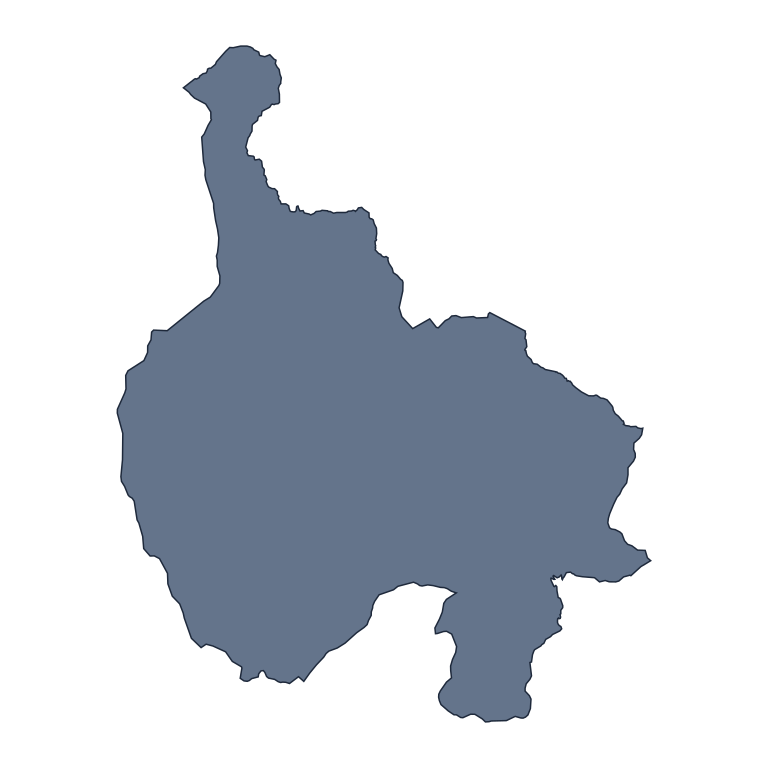 San Pedro y San Pablo Ayutla, Oaxaca, Mexico
{"feature_id": "50627088B37574101781202", "entity_name": "San Pedro y San Pablo Ayutla", "entity_type": "district", "adm_level": 2, "iso_a3": "MEX", "parent_name": "Mexico", "parent_adm1": "Oaxaca", "projection": "natural_earth1", "projection_center": [-96.113, 17.038], "detail": "fine", "context": "isolated", "style": "filled", "palette": "slate", "viewbox_px": 768, "rotation_deg": 0, "n_neighbors": 0, "source": "geoboundaries", "source_scale": "gbopen_adm2", "svg_char_len": 6089}
<svg xmlns="http://www.w3.org/2000/svg" viewBox="0 0 768 768"><path d="M269.8,54.7L264.8,56.7L260.1,55.6L259.5,55.1L258.7,52.1L253.9,49.8L252.8,48.3L250.4,47.0L247.1,46.1L240.6,46.1L233.2,47.7L229.7,47.5L225.7,51.3L216.5,61.7L215.4,64.4L210.8,68.2L209.2,68.2L207.6,69.1L207.2,71.2L206.0,73.1L203.0,73.7L199.6,76.2L199.3,77.6L196.4,79.1L195.6,78.7L194.6,79.0L183.4,87.8L189.1,92.3L190.8,94.6L194.5,98.1L205.7,104.0L210.8,112.0L210.9,118.7L211.4,119.7L208.1,125.3L204.2,134.0L201.7,137.1L203.5,161.7L205.3,169.7L205.0,175.2L205.8,179.7L213.6,203.4L213.7,207.9L215.6,220.6L217.5,229.0L218.8,237.8L218.4,245.3L217.5,252.6L216.4,256.1L217.2,260.1L217.2,266.4L219.9,275.9L219.7,283.4L218.9,285.5L210.3,297.1L203.8,301.1L167.2,330.7L153.6,330.1L151.6,332.1L151.0,339.9L147.7,345.9L147.6,352.5L143.9,360.6L128.0,370.8L125.7,375.4L126.0,388.9L124.8,392.8L117.4,409.3L117.3,413.1L122.8,433.4L122.5,459.8L120.9,476.7L121.5,481.4L124.6,486.4L128.1,495.0L129.4,496.5L132.2,498.2L134.2,501.2L137.1,519.9L138.9,523.1L142.7,536.4L143.7,548.6L150.1,556.0L154.3,555.9L159.5,558.6L167.5,573.3L167.9,583.9L172.3,596.2L179.7,603.9L183.2,613.0L184.3,618.1L191.4,638.3L201.1,647.6L206.1,644.2L212.9,646.0L225.6,651.8L232.3,661.4L241.5,666.8L241.9,668.1L240.2,678.3L244.0,680.9L247.3,681.3L249.4,680.5L251.7,678.6L258.2,676.9L258.7,673.8L261.0,670.9L263.4,670.6L264.9,672.5L266.6,676.5L268.5,678.1L274.7,679.4L278.2,681.7L280.7,682.5L282.6,682.1L285.8,682.3L289.5,683.5L298.5,676.7L303.8,681.4L309.7,673.1L316.4,664.9L323.7,657.2L326.1,653.5L328.9,651.1L337.3,648.0L345.1,643.1L356.7,632.7L364.0,627.5L367.1,624.6L368.5,620.5L371.2,615.4L371.3,611.9L372.6,608.0L372.8,605.6L374.6,601.4L379.1,594.8L393.5,589.8L397.9,586.3L413.5,582.2L417.5,583.9L419.6,585.5L422.1,586.0L427.7,584.9L433.2,585.6L440.5,587.4L444.3,587.6L447.4,588.7L451.3,591.2L456.3,592.9L446.4,599.4L443.8,603.3L442.3,612.1L439.5,619.0L434.9,628.0L435.5,633.7L437.3,633.5L443.6,631.5L446.6,631.3L451.7,634.1L456.6,646.5L455.7,652.5L452.5,659.5L450.6,666.0L450.7,670.5L451.5,677.9L446.5,682.1L440.3,691.0L438.8,694.2L438.6,697.2L439.4,700.7L441.0,704.6L448.2,710.9L454.0,714.8L456.4,714.8L460.7,717.5L462.9,717.7L470.7,714.2L474.9,714.3L482.3,718.9L485.4,721.9L489.0,721.7L491.3,721.0L506.4,720.6L515.2,716.4L520.9,718.0L523.1,718.1L525.5,717.1L527.9,715.0L530.4,708.6L531.0,699.1L529.4,695.7L525.1,691.1L525.1,688.1L526.2,683.8L529.9,679.3L531.5,675.9L529.9,662.5L531.5,662.0L532.5,654.7L533.9,650.9L534.6,649.7L540.9,645.9L541.9,644.5L543.8,643.4L545.7,639.4L550.6,636.6L552.5,634.5L559.9,630.9L561.7,628.8L560.9,626.5L559.2,625.5L558.1,624.1L557.5,622.5L557.5,620.3L557.7,618.7L558.5,618.0L559.1,618.7L560.2,618.4L560.6,617.1L560.0,614.5L560.8,613.8L560.8,610.3L562.7,607.7L562.8,605.8L560.5,599.1L559.8,598.2L558.2,597.5L557.0,590.9L556.8,586.7L555.8,585.5L554.5,586.6L553.9,586.4L551.0,580.2L550.9,578.3L551.5,578.2L553.7,579.4L554.8,579.3L553.2,576.7L553.1,576.0L553.7,575.5L557.1,577.8L559.3,576.9L561.1,575.0L561.5,575.7L561.9,579.0L562.4,579.7L563.4,577.4L564.0,577.1L566.4,572.6L570.6,572.1L572.4,573.7L573.5,573.8L575.1,575.2L576.7,575.8L582.2,576.7L594.5,577.7L599.5,581.9L605.2,580.5L609.2,581.8L615.8,581.9L618.9,581.0L623.6,576.9L629.9,575.2L630.9,575.7L640.9,566.6L650.7,560.7L647.4,557.8L645.2,550.4L637.6,550.1L631.9,545.8L627.6,544.3L624.5,540.7L621.9,533.8L619.9,532.0L615.2,529.6L611.4,529.0L609.5,527.7L607.8,522.9L608.4,518.2L609.7,513.7L613.7,504.1L617.0,497.3L619.7,494.2L622.2,488.8L626.6,482.9L628.0,474.8L628.0,467.7L633.5,461.1L635.3,457.2L635.2,453.4L633.6,449.5L633.9,443.1L639.3,438.3L641.6,434.8L642.8,428.2L641.1,428.6L638.6,428.1L637.6,427.8L636.0,426.4L630.6,426.7L629.1,426.0L625.7,425.6L623.4,424.3L624.1,423.4L623.3,421.0L622.4,420.9L618.3,416.1L615.2,413.7L613.3,410.3L612.8,407.3L612.1,406.0L607.1,399.9L603.5,398.4L600.7,398.1L596.8,395.3L595.9,395.1L593.5,395.9L588.7,395.8L581.4,391.9L575.8,387.7L572.6,384.9L571.6,382.9L570.1,381.2L569.5,381.4L568.4,380.7L567.2,381.1L566.3,378.4L564.6,378.1L563.9,376.7L562.4,375.1L560.0,373.4L558.3,373.2L556.8,371.9L556.0,372.2L555.6,371.7L545.2,369.5L542.9,367.8L541.1,367.3L537.2,364.2L533.5,363.7L532.3,362.5L531.1,359.5L527.4,356.2L526.4,353.6L525.8,350.6L525.1,350.5L524.8,349.6L526.8,346.7L526.0,339.8L524.9,338.5L525.7,333.8L525.1,332.1L525.3,331.1L489.8,312.6L488.4,313.9L487.6,317.5L476.5,318.0L473.4,316.6L461.3,317.6L456.0,315.6L451.7,316.0L449.0,318.8L445.3,320.6L438.3,327.8L436.4,327.4L429.7,318.9L412.7,328.6L401.8,316.7L399.1,307.8L402.8,290.9L403.0,282.4L402.3,280.4L400.6,279.3L397.3,275.4L393.3,272.7L392.2,268.4L388.9,263.3L387.9,259.9L388.1,257.9L386.0,256.5L384.4,257.1L383.0,256.7L381.4,255.6L380.9,254.5L378.6,253.5L375.2,249.9L375.7,247.9L375.2,247.2L375.7,245.8L375.3,244.6L375.0,241.2L376.2,240.5L376.5,239.6L375.9,238.7L376.7,233.7L376.4,228.0L374.2,223.7L373.2,219.9L371.7,218.8L370.2,218.7L369.1,217.1L369.0,212.9L363.8,209.5L361.7,207.4L358.4,207.9L357.2,209.8L355.4,211.4L355.0,210.8L353.1,210.3L351.5,211.0L348.2,211.2L347.3,212.0L345.5,212.5L336.7,212.5L333.6,213.2L330.2,211.5L328.2,211.5L327.7,210.8L322.0,210.3L320.4,211.1L316.1,211.5L314.1,213.4L310.7,214.9L309.1,214.0L304.3,213.0L303.1,210.6L300.0,211.0L298.6,208.2L298.1,206.1L297.3,206.1L296.6,206.8L296.2,210.5L295.1,211.8L293.2,211.9L290.7,211.5L290.1,211.0L289.1,208.3L288.7,205.8L287.0,204.6L285.9,203.9L281.1,203.9L280.3,201.3L278.7,199.3L278.4,197.9L278.8,196.3L277.8,195.2L277.3,193.5L277.4,191.5L274.6,188.7L272.0,188.6L268.6,187.0L267.8,185.8L266.1,181.6L266.8,179.6L265.2,175.8L263.9,175.0L264.3,170.1L264.1,169.2L262.4,167.1L261.6,161.2L259.3,159.2L255.1,160.0L254.5,159.3L254.1,156.9L253.3,156.2L248.3,155.6L246.9,152.7L247.5,150.7L245.7,147.1L248.1,137.8L249.8,135.5L250.1,134.3L252.0,131.1L252.1,126.1L252.5,124.4L257.5,120.4L258.1,117.2L259.1,116.1L261.3,115.6L262.0,111.3L269.7,107.2L271.3,104.7L272.2,104.1L274.1,104.6L275.4,104.0L278.1,103.7L279.5,102.4L279.4,94.2L278.3,88.3L279.3,85.3L280.8,83.3L280.7,82.2L281.3,77.9L280.0,74.4L279.1,69.4L277.0,66.9L275.3,63.6L276.0,60.2L274.1,59.2L269.8,54.7Z" fill="#64748b" stroke="#1e293b" stroke-width="1.5"/></svg>